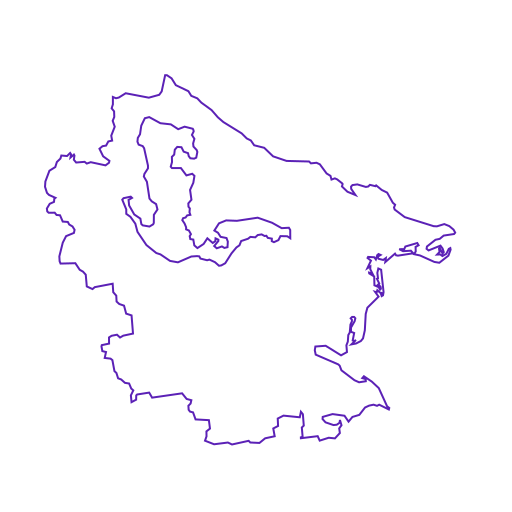 outline of Krasnodar, rotated 172°
{"feature_id": "RUS-2371", "entity_name": "Krasnodar", "entity_type": "Territory", "adm_level": 1, "iso_a3": "RUS", "parent_name": "Russia", "parent_adm1": "", "projection": "mercator", "projection_center": [39.522, 45.126], "detail": "fine", "context": "isolated", "style": "outline", "palette": "violet", "viewbox_px": 512, "rotation_deg": 172, "n_neighbors": 0, "source": "natural_earth", "source_scale": "10m", "svg_char_len": 6079}
<svg xmlns="http://www.w3.org/2000/svg" viewBox="0 0 512 512"><g transform="rotate(172 256 256)"><path d="M362.4,435.3L340.1,427.7L329.4,429.1L326.5,432.1L320.8,447.7L319.0,447.4L314.9,443.7L311.6,436.3L300.0,428.6L297.8,423.6L292.2,420.3L288.8,415.5L279.7,406.7L274.5,398.7L269.7,393.2L253.1,379.4L248.8,373.7L245.0,371.1L242.4,365.9L232.8,362.0L225.2,352.3L212.5,345.9L190.3,342.2L188.7,340.1L183.1,339.9L180.0,337.9L174.6,327.9L171.1,325.0L170.6,321.2L167.1,321.9L165.0,320.6L160.6,316.0L160.2,315.2L161.2,312.9L156.5,306.9L149.0,302.5L152.4,309.2L152.2,311.5L150.6,312.8L145.7,312.8L137.6,309.1L135.2,309.2L133.3,310.6L128.0,308.5L127.2,309.2L122.3,303.9L117.3,300.5L113.1,289.7L111.1,287.4L112.6,284.8L112.2,282.7L103.3,273.8L75.9,260.8L72.7,260.2L65.1,261.4L60.4,258.7L56.7,254.6L55.5,251.4L56.8,250.2L67.3,250.1L71.7,247.4L76.0,247.1L85.4,241.6L86.1,239.4L84.3,237.5L71.9,240.6L70.2,237.5L69.5,233.7L70.9,232.5L73.0,238.3L73.7,237.9L73.7,234.4L76.5,232.2L73.3,231.9L71.4,230.0L67.2,231.7L64.1,236.2L62.5,236.8L62.4,235.2L65.4,229.6L75.4,223.8L80.2,225.3L93.5,233.7L99.2,235.8L97.2,238.3L96.7,242.8L93.5,244.0L94.5,246.4L106.8,244.6L108.2,242.2L113.2,242.8L109.7,240.3L101.9,239.7L100.3,237.4L100.7,236.8L115.4,236.6L117.2,237.2L118.0,239.0L128.8,232.0L127.7,235.9L130.6,234.4L135.1,236.2L135.7,238.3L132.5,239.7L134.4,240.9L135.8,240.0L137.8,235.9L139.1,238.3L145.1,239.5L145.8,238.5L142.8,235.4L147.4,228.4L144.2,229.8L144.7,227.0L143.1,222.3L146.3,223.8L146.3,223.0L141.8,219.3L142.8,210.5L138.9,208.1L137.8,205.5L136.9,206.2L136.9,208.0L137.9,209.6L139.9,210.1L137.8,211.6L139.4,216.6L138.3,217.0L138.2,222.4L136.6,226.6L134.0,225.0L134.7,202.5L135.7,199.4L137.1,198.8L137.5,200.9L136.2,201.7L138.3,202.5L140.6,205.3L141.5,203.3L143.1,204.0L140.3,198.7L152.9,189.3L155.4,183.4L158.6,167.2L161.5,159.5L164.0,157.2L169.2,155.4L173.8,155.2L168.7,158.9L170.5,158.1L172.0,158.9L169.5,166.1L172.5,167.7L171.9,171.9L167.4,177.7L166.3,180.5L167.3,182.0L169.3,182.3L170.9,181.1L169.9,179.5L170.1,178.0L172.0,175.0L173.8,167.2L175.6,164.9L177.0,158.4L178.9,155.0L179.3,148.2L185.6,145.8L199.5,157.4L209.8,158.1L210.9,154.5L210.6,150.0L189.6,137.2L188.4,135.7L187.3,130.9L175.8,119.3L171.5,116.6L164.7,116.7L164.5,118.8L167.7,120.3L165.9,121.9L158.8,115.5L152.8,108.1L147.1,88.9L145.2,87.0L145.8,85.5L154.7,91.6L157.0,90.8L160.3,92.4L164.8,92.1L169.1,90.8L175.8,84.3L182.9,83.2L187.4,79.1L190.6,85.5L202.2,88.8L212.3,87.4L212.8,85.3L210.3,81.6L202.8,77.8L199.5,77.7L196.5,79.2L195.7,81.9L194.9,76.5L197.6,73.7L197.6,69.0L203.2,64.4L209.3,65.9L218.6,64.3L220.0,69.0L236.9,69.3L236.8,70.2L235.0,70.5L234.5,79.8L232.3,81.4L231.6,92.8L233.2,95.5L235.1,90.2L251.0,94.1L257.1,92.0L257.8,84.6L262.9,82.8L262.6,74.9L272.3,74.2L278.6,70.4L287.6,72.1L289.0,74.0L306.0,72.7L309.8,75.2L323.7,75.4L331.5,79.8L332.2,80.2L330.1,84.3L329.5,89.2L325.6,91.5L325.5,100.0L338.6,102.6L340.1,109.9L343.0,111.1L344.1,113.1L343.8,117.1L341.3,119.0L340.1,122.2L344.6,124.1L348.3,130.3L378.6,130.2L380.8,135.6L393.0,135.4L394.0,134.6L394.7,130.4L399.6,128.6L399.3,135.4L396.2,140.0L398.0,142.1L399.4,147.4L403.4,148.6L406.7,152.5L409.6,154.1L410.5,159.6L412.2,161.7L412.7,172.9L414.3,174.6L420.0,176.1L417.9,181.8L421.4,183.2L421.6,188.0L421.1,189.2L413.7,189.7L412.9,195.8L410.1,197.1L404.6,197.4L402.0,194.2L398.5,195.6L388.6,196.3L387.5,214.5L392.6,217.0L393.6,225.2L398.1,227.5L400.4,230.3L399.9,236.2L402.4,240.0L401.8,248.5L420.0,247.6L422.5,246.0L427.8,249.4L427.2,261.2L429.5,264.6L432.5,266.9L435.9,274.0L450.6,275.7L451.2,278.1L450.8,283.0L445.5,296.1L441.3,302.1L433.1,304.2L432.0,307.2L433.6,310.8L436.6,313.2L437.6,315.9L442.6,317.0L444.4,323.6L447.8,324.4L449.3,326.9L455.3,327.7L456.5,329.2L456.5,332.1L453.0,336.4L448.5,337.7L447.8,340.7L446.5,341.5L452.5,345.3L454.2,347.6L455.3,353.9L454.2,359.1L448.7,369.2L442.4,372.0L440.1,376.8L436.1,379.7L434.8,382.6L429.2,381.3L425.7,383.9L425.0,382.4L426.0,379.3L422.2,381.8L421.8,380.7L423.0,376.7L421.1,373.6L412.6,373.1L410.7,371.1L406.6,371.9L392.4,366.7L388.6,368.8L387.9,370.6L393.5,376.0L396.1,384.0L392.7,386.1L389.1,386.2L386.3,390.0L382.4,390.3L382.6,395.3L377.9,403.7L379.1,409.8L377.0,413.4L376.4,419.0L378.4,422.3L376.6,426.1L375.6,433.4L372.7,431.7L369.8,432.0L362.4,435.3ZM302.6,258.9L297.5,255.6L294.0,251.5L291.7,251.5L287.5,253.1L279.9,262.0L274.2,267.2L270.9,268.9L268.6,272.9L261.5,274.2L258.9,275.7L254.1,274.6L251.4,276.5L247.4,276.6L244.7,274.6L242.9,274.6L241.8,272.3L237.9,271.0L238.3,268.5L236.3,267.2L231.6,268.6L229.0,272.3L222.3,271.2L219.6,268.8L218.5,277.0L219.5,279.4L226.7,280.0L235.5,286.7L249.0,293.7L270.0,293.5L280.6,295.4L288.1,293.5L293.7,287.0L290.4,284.3L288.4,279.9L282.7,277.9L281.9,274.2L283.0,268.7L286.2,268.4L288.4,270.2L293.8,269.1L296.0,271.7L291.2,276.1L291.0,277.4L293.6,279.1L294.2,276.4L297.0,274.9L301.7,280.3L306.2,275.2L312.9,272.0L315.6,275.1L315.8,281.0L318.7,281.9L318.9,284.9L317.4,286.7L318.9,290.6L321.5,292.1L321.2,294.2L322.2,298.1L324.0,301.8L322.9,303.6L320.4,303.9L318.5,305.8L315.3,305.9L315.8,308.6L314.9,312.3L316.0,314.2L315.7,317.5L312.1,320.7L312.1,330.6L307.9,337.2L305.8,343.9L307.7,346.3L313.7,345.5L318.1,353.5L327.0,354.8L328.0,356.3L326.1,360.7L325.5,365.9L322.9,367.8L321.6,372.6L318.8,375.0L314.7,374.1L313.1,369.4L309.0,367.3L308.7,364.2L307.4,361.9L303.7,361.0L301.5,361.7L299.6,367.2L300.0,369.2L302.7,373.1L302.6,376.2L300.7,380.6L302.6,384.8L300.4,388.0L300.4,389.3L300.9,390.8L308.7,394.0L315.4,392.4L322.0,398.2L332.2,400.8L342.4,408.4L346.9,407.9L351.5,401.0L353.9,392.7L356.6,389.4L357.5,385.7L356.7,382.6L352.9,380.6L351.8,378.3L350.4,360.5L350.8,357.8L355.1,352.8L356.0,350.3L353.7,344.7L353.5,327.7L351.6,324.6L347.7,321.3L347.1,315.8L351.4,311.0L352.6,303.0L353.4,301.7L357.4,300.0L363.9,302.1L365.1,303.6L365.3,309.1L370.8,314.1L374.6,323.7L374.4,329.3L370.7,330.8L371.8,332.2L379.1,331.7L380.6,330.4L378.0,320.2L378.6,315.8L374.9,312.3L371.0,304.8L370.0,296.4L363.0,282.1L354.3,272.8L350.4,270.9L341.8,263.1L334.2,260.6L320.1,264.5L314.4,264.1L312.2,263.5L311.4,261.2L305.0,258.6L302.6,258.9Z" fill="none" stroke="#5b21b6" stroke-width="2"/></g></svg>